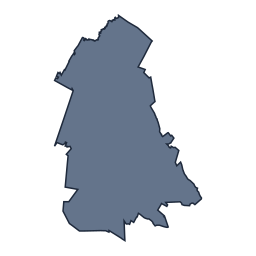 outline of Ocampo, Coahuila, Mexico
{"feature_id": "50627088B78546697072074", "entity_name": "Ocampo", "entity_type": "district", "adm_level": 2, "iso_a3": "MEX", "parent_name": "Mexico", "parent_adm1": "Coahuila", "projection": "albers", "projection_center": [-103.054, 28.057], "detail": "fine", "context": "isolated", "style": "filled", "palette": "slate", "viewbox_px": 256, "rotation_deg": 0, "n_neighbors": 0, "source": "geoboundaries", "source_scale": "gbopen_adm2", "svg_char_len": 5097}
<svg xmlns="http://www.w3.org/2000/svg" viewBox="0 0 256 256"><path d="M83.3,231.0L100.5,230.6L103.4,230.7L105.6,230.7L107.9,231.7L108.9,232.1L109.0,230.5L111.4,232.0L121.0,238.0L122.3,239.0L124.9,240.6L124.7,236.7L124.1,220.9L125.8,223.5L126.3,224.0L128.5,223.9L128.8,223.9L129.6,224.3L131.0,220.6L133.7,222.4L136.1,217.9L136.7,216.9L137.2,216.9L138.4,213.3L140.2,214.4L141.6,215.6L144.2,217.7L145.5,218.3L147.8,219.0L148.9,218.9L151.5,220.8L152.8,222.3L153.1,223.4L155.1,225.9L156.7,225.2L159.5,225.2L163.0,226.4L164.4,226.8L166.7,227.3L167.7,227.3L168.2,227.0L165.0,217.5L164.0,216.8L164.6,216.4L164.4,215.9L157.7,210.1L159.2,207.6L161.0,204.6L161.5,203.5L166.8,206.4L167.6,204.9L165.7,202.4L180.2,201.8L181.6,203.2L182.0,204.6L184.3,205.4L189.6,205.7L190.1,204.1L191.6,203.2L192.9,203.1L194.9,204.6L201.3,199.0L201.5,198.0L200.2,196.1L199.3,194.3L198.7,192.2L197.5,191.0L197.0,189.9L197.5,188.2L195.6,187.3L194.6,185.8L193.9,184.1L192.3,182.6L190.2,180.6L189.4,180.1L188.2,179.4L187.5,178.6L186.5,177.0L186.4,176.6L184.6,174.2L184.0,173.0L184.0,172.7L183.4,171.3L183.2,170.9L183.2,170.5L182.9,170.0L182.6,168.8L182.4,167.8L182.2,167.0L182.0,165.8L181.7,165.3L181.7,164.7L180.6,162.1L176.8,165.8L175.3,162.4L178.8,150.5L175.1,147.3L173.6,147.6L171.2,146.2L170.6,147.9L169.7,147.7L169.1,147.2L169.1,146.8L168.6,146.3L168.5,146.0L168.1,145.4L166.9,144.2L166.7,144.0L168.7,144.0L169.6,143.4L170.6,143.0L170.5,142.8L171.0,142.5L173.9,138.1L171.7,135.3L170.7,135.9L168.6,133.2L168.2,132.7L167.7,132.8L162.7,136.6L162.4,136.4L161.9,135.8L161.9,135.5L161.7,135.3L161.5,135.1L161.3,134.6L161.5,134.3L161.0,134.0L160.8,133.6L159.6,131.8L159.8,128.6L158.1,122.3L157.1,119.8L157.2,119.2L156.9,119.0L156.7,118.5L156.3,118.0L156.0,117.5L155.9,116.9L155.8,116.3L155.5,115.9L155.2,115.5L155.2,115.2L155.0,114.7L154.8,114.3L154.7,114.0L154.7,113.7L154.4,113.1L151.3,107.9L150.7,106.8L150.3,105.8L154.6,101.8L155.0,101.6L155.0,101.4L154.7,100.1L153.3,91.7L152.4,86.6L152.2,85.7L150.7,77.1L149.1,77.9L143.8,72.6L145.2,69.5L138.1,67.0L143.8,56.6L151.2,42.2L152.2,41.0L139.4,29.3L137.6,27.7L128.2,22.2L118.5,15.4L118.5,15.6L118.6,15.8L118.6,16.0L118.6,16.3L118.8,16.4L118.9,16.6L118.9,16.8L118.8,17.0L118.7,17.1L118.5,17.3L118.0,17.6L117.9,17.9L117.6,18.0L117.4,18.1L117.1,18.2L116.9,18.3L116.3,18.4L116.2,18.3L116.1,18.1L115.8,17.8L115.6,17.7L115.4,17.3L115.1,17.4L114.9,17.6L114.8,18.1L115.0,18.5L115.0,18.8L115.0,19.0L114.9,19.1L114.5,19.3L114.6,19.8L114.7,20.0L114.3,20.0L114.1,19.8L113.4,19.7L113.0,20.2L113.0,20.3L112.8,20.3L112.7,20.1L112.3,20.3L112.4,20.5L112.3,20.8L112.2,20.9L112.2,21.0L111.9,21.2L111.9,21.4L111.9,21.6L111.6,21.6L111.5,21.3L111.4,21.2L111.0,21.1L110.6,20.9L110.0,20.6L109.8,20.5L109.6,20.5L109.3,20.6L109.0,20.8L108.7,20.8L108.5,21.0L108.3,21.1L108.1,21.3L108.0,21.7L108.1,22.4L108.1,23.0L107.9,23.4L107.6,24.0L107.1,24.1L107.1,24.7L107.1,25.2L106.8,25.2L106.5,25.5L106.7,25.9L106.8,26.0L106.7,26.4L106.1,26.3L105.9,26.5L105.8,26.9L105.7,27.1L105.5,27.3L105.1,27.3L104.8,27.4L104.7,27.4L104.7,27.5L104.8,27.7L105.1,28.1L105.1,28.4L105.0,28.6L104.5,29.0L104.1,29.2L103.9,29.2L103.6,28.7L103.3,28.7L103.2,28.8L103.0,29.1L102.7,29.3L102.5,29.6L102.3,29.6L102.1,29.4L101.8,29.5L101.5,29.6L101.3,29.9L101.2,29.9L101.1,30.0L101.5,30.7L101.4,31.1L100.9,31.5L100.5,31.8L100.6,32.0L100.7,32.5L100.7,33.1L100.4,33.2L100.2,32.8L100.2,32.4L100.2,32.2L99.9,32.1L99.8,32.3L99.8,32.5L99.7,32.5L99.4,32.5L99.5,32.7L99.4,32.7L99.4,32.8L99.5,33.1L99.5,33.4L99.4,33.6L99.2,33.7L99.1,34.0L99.0,34.6L99.0,34.9L99.2,35.1L99.5,35.3L99.7,35.7L99.5,36.1L99.4,36.6L99.2,36.7L99.0,36.8L98.8,37.0L98.1,38.2L98.0,38.5L98.2,38.9L98.3,39.3L98.3,39.5L98.2,39.8L97.9,39.8L97.6,39.7L97.4,39.9L97.3,40.0L97.0,39.9L96.9,39.8L96.6,39.8L95.8,40.4L95.2,40.6L95.0,41.0L94.9,41.0L94.8,40.8L94.5,40.8L94.2,40.9L94.0,40.7L94.0,40.4L93.6,40.1L93.3,40.4L93.1,40.4L93.0,40.1L92.8,39.9L92.0,39.8L91.9,39.8L91.3,39.6L91.0,39.5L90.5,39.5L90.1,39.4L89.6,39.6L89.5,39.8L89.4,39.8L89.0,39.2L88.9,39.0L88.7,39.2L88.7,39.3L88.2,39.7L88.2,39.9L88.1,40.0L87.8,40.0L87.0,40.1L86.9,40.0L86.9,39.7L86.6,39.3L86.4,39.3L86.2,39.2L86.0,38.9L85.6,38.6L85.4,38.9L85.3,39.1L85.4,39.3L85.3,39.5L85.0,40.0L84.7,40.2L84.6,40.4L84.5,40.5L84.2,40.4L84.1,40.5L84.0,40.4L83.8,40.3L83.8,40.0L84.3,39.9L84.4,39.6L84.4,39.3L84.0,38.2L83.8,38.0L83.7,38.0L83.4,37.8L83.2,37.6L82.9,37.6L82.6,37.5L82.2,37.9L82.2,38.0L78.0,45.8L76.9,47.1L74.2,50.7L74.2,50.9L74.4,51.4L74.4,51.6L74.5,51.8L74.6,52.0L74.7,52.3L74.8,52.6L74.9,53.1L75.0,53.4L74.8,54.1L74.7,54.1L74.6,54.3L74.5,54.5L74.4,54.4L74.1,54.4L73.7,53.3L72.5,55.2L71.8,56.0L68.9,61.1L69.2,61.4L64.9,70.1L64.4,69.7L61.3,75.2L60.0,72.4L59.2,73.5L58.0,72.5L56.4,76.4L58.4,77.1L57.6,78.6L55.7,78.0L54.6,80.5L62.8,85.0L67.1,87.4L71.8,89.9L72.1,88.7L73.2,90.7L63.3,120.3L54.5,146.2L57.0,142.6L62.7,144.8L64.9,143.6L65.4,142.1L66.6,142.6L66.1,144.2L65.2,146.0L67.7,146.5L67.5,146.9L70.1,146.4L71.2,148.7L66.3,154.3L68.1,155.8L67.4,162.9L65.2,187.1L77.8,189.4L68.8,201.7L63.8,201.7L63.0,211.1L69.4,223.5L71.9,225.3L76.0,228.4L78.9,230.6L79.5,231.0L83.3,231.0Z" fill="#64748b" stroke="#1e293b" stroke-width="1.5"/></svg>